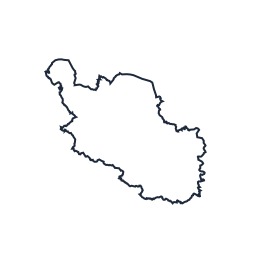 the district of Chinicuila, Michoacán, Mexico, rotated 146°
{"feature_id": "50627088B20699508066130", "entity_name": "Chinicuila", "entity_type": "district", "adm_level": 2, "iso_a3": "MEX", "parent_name": "Mexico", "parent_adm1": "Michoacán", "projection": "robinson", "projection_center": [-103.39, 18.747], "detail": "fine", "context": "isolated", "style": "outline", "palette": "slate", "viewbox_px": 256, "rotation_deg": 146, "n_neighbors": 0, "source": "geoboundaries", "source_scale": "gbopen_adm2", "svg_char_len": 5819}
<svg xmlns="http://www.w3.org/2000/svg" viewBox="0 0 256 256"><g transform="rotate(146 128 128)"><path d="M72.3,78.2L75.7,81.6L74.1,85.1L70.1,86.7L70.2,88.0L70.5,88.8L71.1,89.2L71.5,89.9L74.0,89.9L77.7,92.0L78.4,91.7L79.0,92.3L79.8,91.9L79.1,92.5L78.9,93.3L79.0,94.4L79.4,95.1L79.3,96.3L79.1,96.6L79.6,97.2L80.7,96.5L81.1,96.8L81.5,95.4L82.1,94.7L81.8,95.7L82.0,95.8L82.2,97.0L82.4,97.1L83.3,97.0L83.5,97.4L84.0,97.3L84.7,96.2L85.2,97.3L87.7,97.8L88.3,98.2L88.7,98.2L88.4,97.5L88.5,97.1L89.0,97.5L89.5,98.5L88.6,101.1L87.4,102.0L87.4,103.5L86.9,103.9L87.9,105.5L89.1,106.2L89.6,107.0L90.9,107.9L91.4,109.3L92.9,109.8L93.1,110.4L92.6,111.2L92.7,111.7L93.7,111.6L94.8,112.5L94.5,113.3L93.9,113.5L93.8,115.6L94.1,116.6L93.6,117.3L93.6,118.1L94.6,120.8L94.3,123.1L92.8,124.9L92.2,125.3L91.1,125.2L90.9,125.7L91.3,127.5L91.1,128.6L91.3,129.7L92.2,130.3L91.5,130.1L90.5,130.5L90.2,130.1L89.3,129.6L87.6,130.7L86.0,131.1L84.4,130.8L85.2,132.4L85.3,133.3L85.0,134.3L84.2,134.4L84.0,135.9L84.4,136.6L87.5,137.7L86.4,139.6L84.8,145.6L82.6,151.6L82.5,152.2L83.4,154.4L88.8,160.9L93.9,168.7L96.2,171.1L98.9,173.3L103.0,175.8L104.1,178.1L105.3,177.4L106.7,177.9L109.0,178.0L109.3,177.6L112.0,177.2L112.8,176.3L117.7,174.8L117.3,175.6L117.1,177.4L118.2,178.8L118.2,179.4L118.8,179.6L118.8,181.6L119.9,184.0L120.8,184.0L121.5,186.0L122.4,186.2L122.6,187.2L123.4,186.4L123.1,185.8L123.2,185.3L124.3,185.1L124.0,183.9L124.5,184.2L125.3,184.1L126.0,184.6L125.9,183.5L126.2,182.9L127.0,183.4L127.5,183.0L127.3,182.1L127.5,181.5L128.5,181.3L128.8,181.8L129.4,181.8L129.4,180.8L128.9,180.0L129.4,179.1L130.2,179.0L131.8,178.1L132.2,178.4L132.5,177.9L133.5,177.5L134.2,178.5L135.0,178.8L135.9,180.1L136.9,180.7L137.7,183.8L137.8,184.8L139.6,185.4L140.6,186.2L141.8,187.7L143.0,190.2L144.2,191.3L148.2,193.2L147.8,193.5L147.5,195.4L143.5,198.6L142.8,201.7L142.4,202.2L141.5,202.0L141.0,202.2L140.6,203.9L140.0,204.8L140.3,205.8L140.4,208.6L139.4,217.4L142.6,220.0L144.9,222.2L147.1,223.6L150.3,224.8L154.6,224.4L155.5,223.3L156.2,223.4L157.0,222.9L158.7,222.6L160.5,221.5L160.8,221.7L161.9,221.2L162.0,218.7L162.5,217.9L162.9,218.1L163.0,219.0L163.6,219.2L164.1,220.8L164.9,220.8L164.8,220.3L165.1,220.0L166.3,217.0L166.2,216.1L165.7,215.4L166.0,215.0L165.8,213.6L165.1,213.4L165.1,211.9L164.8,211.6L165.6,208.6L165.7,207.2L164.9,205.1L160.4,204.9L159.7,204.6L159.7,203.5L159.2,202.4L160.2,200.7L159.8,200.5L159.9,200.0L162.8,200.0L163.0,198.2L160.6,198.4L160.2,197.8L161.8,196.4L164.0,195.6L164.8,195.8L165.1,194.9L165.6,194.5L165.9,193.8L165.5,192.6L166.0,190.2L165.8,189.0L166.6,187.3L168.0,186.0L167.8,185.8L168.2,185.0L167.8,183.9L168.1,183.2L167.7,182.0L167.4,182.0L167.0,179.9L167.2,179.6L167.0,179.1L167.5,176.1L167.2,175.1L167.5,174.3L167.0,173.5L167.4,173.3L167.2,172.6L167.5,172.3L167.0,172.2L166.2,171.3L165.7,171.5L166.0,170.8L165.8,169.8L165.2,168.2L165.3,167.0L164.9,166.1L168.3,166.8L169.0,166.5L170.3,165.0L170.6,165.4L171.0,165.1L173.8,164.9L174.3,164.5L175.6,164.9L176.3,164.4L177.3,164.2L177.9,164.7L178.4,164.3L179.6,165.5L182.2,164.7L182.5,165.6L183.0,165.5L183.2,166.0L183.5,165.2L184.4,164.7L183.7,162.6L183.4,162.5L182.9,161.7L182.3,161.7L182.3,161.3L181.8,161.1L181.2,161.6L181.1,161.2L181.6,160.8L180.9,160.9L181.0,160.4L180.6,159.4L179.9,158.9L180.1,158.6L179.3,156.4L178.1,155.8L178.2,153.5L177.8,152.6L178.1,151.6L178.1,148.1L180.5,145.3L181.1,145.1L182.2,143.1L184.1,143.0L185.9,142.1L184.6,141.3L185.2,140.3L185.2,138.6L184.1,138.4L182.7,136.0L183.0,135.7L182.8,135.2L183.2,133.7L182.2,132.8L180.9,133.3L179.0,132.6L179.1,128.0L179.6,127.4L178.8,127.8L177.3,127.4L176.6,124.6L176.7,123.5L177.1,123.1L177.0,122.4L176.6,121.9L175.8,121.9L175.7,121.5L175.0,121.2L175.3,120.6L174.7,118.8L173.4,117.9L172.6,117.6L171.8,117.8L171.3,118.3L169.5,118.0L168.2,115.4L167.0,113.7L167.7,113.0L167.9,112.2L167.4,110.8L166.8,109.6L165.8,109.1L164.6,107.7L163.7,107.5L162.4,106.0L161.4,105.9L161.3,104.0L161.0,103.4L161.2,102.3L157.9,99.6L157.8,96.9L157.4,97.0L156.5,95.3L156.4,94.3L158.2,92.4L158.7,92.5L159.3,91.8L162.0,92.5L162.2,91.9L162.5,92.1L162.7,91.7L163.2,91.5L162.5,91.0L163.0,90.7L162.0,89.9L162.8,89.2L162.2,88.1L162.4,87.9L161.7,87.5L161.9,87.1L161.0,85.8L161.2,84.9L160.5,84.4L160.5,83.7L160.0,83.0L160.1,82.6L159.6,82.1L159.2,79.3L158.8,78.5L157.4,78.2L154.8,75.4L153.9,75.6L153.4,75.3L152.6,73.9L151.5,73.4L150.9,73.9L149.9,73.2L149.8,72.0L150.3,70.8L150.3,69.2L150.7,68.2L151.0,68.3L151.7,67.4L153.8,66.7L154.3,66.1L155.5,66.5L155.4,66.0L155.0,65.6L155.3,64.9L155.0,64.0L155.0,62.8L154.2,61.5L153.9,60.3L152.8,59.0L151.9,59.4L151.6,58.6L151.0,58.7L150.5,58.1L149.9,58.0L149.8,57.4L148.8,57.0L148.6,55.8L148.1,55.2L147.4,55.7L146.5,54.7L146.0,55.1L145.5,54.6L144.2,54.7L142.3,54.2L141.1,53.1L139.0,52.8L138.6,52.5L138.3,51.4L138.8,50.8L138.7,48.7L137.6,47.9L136.3,48.3L136.0,48.1L135.0,46.3L135.2,45.4L134.6,44.6L133.9,44.3L134.0,43.6L133.3,43.1L133.1,40.6L131.7,41.0L130.4,40.2L129.2,38.9L128.0,40.3L127.6,40.4L127.0,39.4L126.9,38.3L125.9,37.6L126.4,36.2L126.2,36.0L125.4,36.3L124.9,35.1L122.5,35.1L120.5,34.4L119.8,34.3L119.0,34.6L117.2,34.2L116.0,34.8L114.3,34.9L112.9,36.1L111.7,35.8L110.9,36.7L109.9,36.7L108.7,34.6L108.1,32.8L106.9,31.3L106.5,31.2L106.1,32.0L107.0,32.4L106.8,33.5L104.9,33.9L104.5,34.7L104.7,35.5L104.4,35.8L102.8,35.6L103.6,37.4L103.4,39.4L103.1,39.5L101.5,38.9L101.8,40.2L101.1,41.5L101.1,42.6L100.2,44.1L99.2,44.2L98.0,43.2L94.3,42.0L94.1,42.6L94.5,43.5L95.8,43.7L96.2,44.3L95.0,48.1L93.7,48.9L92.7,47.6L90.5,47.3L89.5,48.0L89.5,48.6L90.3,50.2L90.9,50.5L92.2,51.9L92.4,53.4L92.0,53.8L90.6,54.2L89.1,56.5L87.8,56.1L85.6,56.5L85.4,57.5L85.6,59.0L87.4,62.4L87.0,62.7L86.2,65.1L85.8,65.2L83.6,63.5L82.9,63.4L79.9,64.1L79.2,64.8L77.2,64.6L76.9,65.7L77.0,67.1L76.7,68.8L75.9,69.5L74.2,69.8L73.5,70.2L73.6,73.4L72.3,75.1L72.3,78.2Z" fill="none" stroke="#1e293b" stroke-width="2"/></g></svg>